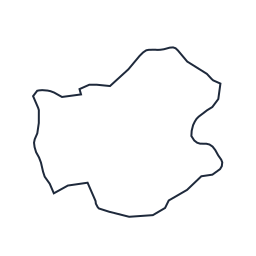 outline of Punakha, rotated 10°
{"feature_id": "BTN-2440", "entity_name": "Punakha", "entity_type": "District", "adm_level": 1, "iso_a3": "BTN", "parent_name": "Bhutan", "parent_adm1": "", "projection": "mercator", "projection_center": [89.835, 27.687], "detail": "fine", "context": "isolated", "style": "outline", "palette": "slate", "viewbox_px": 256, "rotation_deg": 10, "n_neighbors": 0, "source": "natural_earth", "source_scale": "10m", "svg_char_len": 1119}
<svg xmlns="http://www.w3.org/2000/svg" viewBox="0 0 256 256"><g transform="rotate(10 128 128)"><path d="M211.3,68.2L211.9,83.8L207.4,92.7L202.8,96.8L195.6,104.6L193.9,107.1L192.7,110.0L191.6,113.9L191.2,119.7L191.8,124.9L195.4,128.8L198.7,130.5L201.8,130.9L207.9,129.9L211.1,130.1L214.5,131.6L217.8,134.6L221.6,139.3L225.3,143.0L226.8,145.5L227.0,149.3L225.8,152.5L219.2,159.3L208.6,162.8L196.9,178.7L180.7,192.3L178.4,200.3L167.6,209.5L144.7,215.2L144.1,215.2L125.0,213.8L124.4,213.8L113.3,212.3L111.9,211.2L109.5,208.1L108.7,205.5L101.0,193.9L97.7,188.9L78.8,195.1L66.3,205.2L60.6,196.5L54.4,190.4L51.9,185.7L48.3,177.2L45.5,172.5L41.7,167.8L39.3,163.0L38.0,158.8L38.1,155.3L39.6,149.0L39.3,138.6L37.1,125.9L36.1,123.9L29.0,113.1L32.1,107.1L33.9,106.4L37.0,105.6L42.3,105.1L45.3,105.2L49.0,105.9L57.6,108.9L75.9,103.1L73.5,98.1L82.4,92.1L89.9,90.8L103.0,89.8L118.2,70.1L127.0,54.8L129.8,50.9L132.5,48.3L134.9,47.4L141.0,46.2L143.3,46.0L146.4,45.3L149.7,44.2L155.2,41.6L158.4,40.8L161.0,41.2L163.6,42.9L174.8,52.3L196.3,61.0L201.7,65.1L203.6,66.3L211.3,68.2Z" fill="none" stroke="#1e293b" stroke-width="2"/></g></svg>